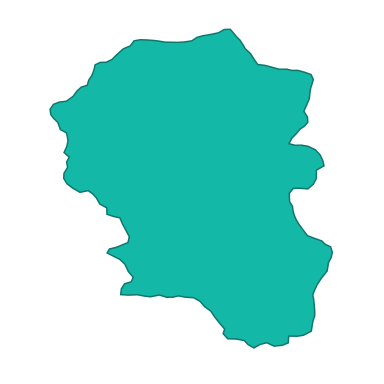 Catas Altas, Minas Gerais, Brazil, rotated 266°
{"feature_id": "56859067B94045969589017", "entity_name": "Catas Altas", "entity_type": "district", "adm_level": 2, "iso_a3": "BRA", "parent_name": "Brazil", "parent_adm1": "Minas Gerais", "projection": "natural_earth1", "projection_center": [-43.409, -20.069], "detail": "fine", "context": "isolated", "style": "filled", "palette": "teal", "viewbox_px": 384, "rotation_deg": 266, "n_neighbors": 0, "source": "geoboundaries", "source_scale": "gbopen_adm2", "svg_char_len": 2213}
<svg xmlns="http://www.w3.org/2000/svg" viewBox="0 0 384 384"><g transform="rotate(266 192 192)"><path d="M345.9,207.7L342.8,202.3L342.2,194.6L342.2,189.1L342.7,183.1L343.4,175.4L344.8,169.7L345.9,164.0L346.8,157.7L347.5,150.9L346.8,144.7L342.0,140.5L339.6,133.4L334.3,126.6L329.7,121.3L327.4,115.4L327.7,109.6L325.6,104.2L320.0,102.5L315.2,100.2L310.8,96.8L305.8,95.0L304.3,88.8L300.7,84.2L295.8,80.2L291.3,73.0L291.0,66.0L289.1,59.9L284.4,56.2L279.2,56.5L275.1,59.1L270.7,63.1L263.5,65.0L259.7,71.0L252.0,71.9L246.4,70.4L240.3,67.1L235.4,71.9L230.5,69.0L225.2,69.6L219.6,65.6L214.5,65.0L208.9,67.9L204.4,73.0L199.5,80.2L200.6,88.5L197.2,92.7L192.8,96.2L186.5,99.1L182.1,105.9L175.7,105.6L173.0,112.2L171.3,118.2L164.8,120.5L159.1,123.1L151.8,126.3L146.0,124.6L144.3,119.3L142.1,112.8L140.9,105.6L137.1,103.1L133.2,109.6L129.8,115.3L124.7,120.0L117.0,123.0L111.0,127.4L106.6,125.0L105.2,118.4L100.4,114.8L94.6,113.7L93.6,121.3L93.3,130.5L91.5,137.2L90.4,143.1L91.5,152.3L88.8,159.3L88.4,165.5L89.3,171.2L87.5,178.3L86.4,186.3L82.5,192.3L76.2,197.1L71.9,202.4L66.1,205.7L58.6,210.8L53.0,215.0L48.5,213.2L43.1,217.4L42.2,226.1L40.2,233.8L36.0,237.2L32.1,242.9L35.2,249.2L36.4,256.1L32.5,263.2L32.8,271.5L34.8,277.5L41.5,278.4L40.8,286.9L41.3,293.2L44.9,301.3L54.3,303.5L60.1,305.8L64.5,306.1L69.9,306.1L76.2,305.9L81.0,305.3L85.8,307.6L90.7,310.3L96.5,314.7L103.8,321.3L112.2,323.3L116.8,326.2L122.0,327.8L127.7,326.4L130.5,321.3L134.2,317.9L137.1,311.2L140.4,304.1L146.8,299.9L152.3,296.4L157.3,293.9L161.7,292.4L166.0,291.5L170.7,291.2L175.6,288.7L183.9,288.9L188.5,293.3L188.2,300.1L187.0,307.8L191.3,313.6L196.9,317.0L205.1,317.6L208.9,325.5L214.1,324.7L220.0,322.4L225.4,318.1L229.5,311.0L231.1,304.4L231.4,298.2L233.4,292.1L238.9,295.5L242.6,299.8L247.1,304.1L250.0,309.0L253.6,312.4L258.7,312.4L264.7,309.2L271.3,312.7L277.1,315.6L282.6,316.5L287.2,317.6L291.5,319.3L295.8,320.9L300.9,318.9L303.6,312.7L306.0,305.8L306.3,300.1L307.9,295.2L308.4,287.5L310.8,280.7L313.2,273.8L314.6,266.4L320.0,263.2L325.8,260.1L331.1,255.2L335.5,253.0L340.2,250.4L343.7,247.3L347.5,244.6L351.6,241.5L351.9,235.5L349.0,229.6L347.7,220.3L347.1,213.7L345.9,207.7Z" fill="#14b8a6" stroke="#0f766e" stroke-width="1.5"/></g></svg>